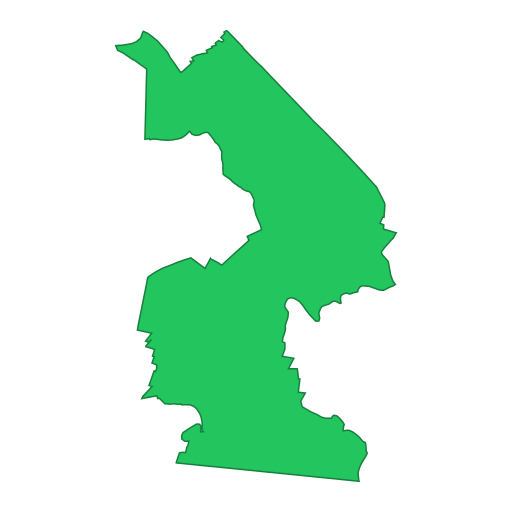 the district of Tuxtilla, Veracruz, Mexico
{"feature_id": "50627088B40766797013882", "entity_name": "Tuxtilla", "entity_type": "district", "adm_level": 2, "iso_a3": "MEX", "parent_name": "Mexico", "parent_adm1": "Veracruz", "projection": "orthographic", "projection_center": [-95.881, 18.191], "detail": "fine", "context": "isolated", "style": "filled", "palette": "green", "viewbox_px": 512, "rotation_deg": 0, "n_neighbors": 0, "source": "geoboundaries", "source_scale": "gbopen_adm2", "svg_char_len": 5534}
<svg xmlns="http://www.w3.org/2000/svg" viewBox="0 0 512 512"><path d="M359.1,481.3L358.8,480.0L358.8,479.8L358.7,479.6L358.4,476.7L358.1,472.8L358.5,471.0L359.5,467.8L360.8,464.7L361.1,464.0L362.4,461.8L364.3,458.6L366.0,455.9L367.0,454.0L367.1,452.9L367.1,452.6L366.1,450.9L366.1,448.8L365.8,444.5L365.2,442.4L362.8,441.4L361.6,440.0L359.5,437.4L356.0,434.3L353.1,432.2L349.4,430.4L347.5,430.2L344.8,430.6L343.2,430.8L343.1,429.8L343.6,426.5L344.2,424.4L343.6,423.4L342.6,421.8L340.0,418.7L338.8,417.6L338.2,417.0L337.2,416.1L334.8,415.4L334.2,415.2L332.6,416.1L332.5,416.3L331.4,418.3L327.7,418.2L327.4,418.2L325.4,418.2L321.3,417.1L317.7,414.9L310.6,411.7L302.1,406.7L300.8,401.0L305.3,393.0L298.3,392.2L299.9,379.0L298.5,378.9L298.5,378.6L297.3,368.8L288.5,368.7L293.8,358.3L293.4,358.2L282.2,356.3L284.9,349.2L284.9,342.9L282.3,341.6L282.9,337.8L285.0,331.7L285.5,328.6L285.2,325.8L285.7,324.0L287.9,317.4L288.4,312.3L284.9,307.1L284.8,306.8L284.9,304.7L285.7,302.1L287.5,299.1L290.2,297.8L293.2,298.0L296.1,299.4L299.5,301.5L302.8,305.4L306.1,310.3L307.1,311.5L309.4,314.4L311.1,316.3L315.5,321.0L318.4,321.1L318.8,321.1L319.7,318.2L318.8,313.1L320.6,308.3L322.2,306.3L324.8,305.4L329.1,304.0L330.7,302.9L333.0,301.3L333.7,301.2L335.0,301.2L335.7,301.2L337.5,302.2L339.9,303.5L341.1,303.0L340.4,299.0L340.7,296.8L341.1,295.5L342.9,294.2L344.7,293.6L346.0,292.9L350.0,294.1L353.0,292.9L357.7,291.8L358.2,289.4L359.9,287.0L361.3,286.1L363.2,285.8L369.3,286.4L374.5,288.2L379.8,290.1L383.6,290.3L386.3,289.0L388.4,287.8L390.9,286.7L393.2,285.9L395.4,284.4L392.9,281.1L390.6,274.6L388.3,261.6L382.4,254.8L381.8,253.7L381.5,252.5L381.6,251.6L384.2,248.0L385.4,246.6L388.1,243.6L391.3,240.0L392.0,239.4L393.2,238.2L395.1,234.5L396.3,232.8L392.7,231.8L389.5,230.8L383.5,229.1L383.8,224.9L383.5,224.8L383.2,224.6L380.7,223.6L379.9,223.3L380.7,221.6L381.4,220.1L382.1,218.6L382.8,217.1L384.0,217.3L384.6,209.9L384.8,205.2L384.8,204.0L384.4,202.8L384.2,202.3L383.2,200.2L382.1,198.1L381.9,197.7L381.5,196.9L378.1,190.2L377.3,188.5L376.6,187.2L375.3,185.6L374.9,185.3L374.8,185.2L374.7,185.1L363.9,173.1L346.4,154.4L324.7,132.0L312.6,120.3L309.3,116.5L269.4,74.9L262.0,67.0L259.0,64.3L252.5,57.8L247.8,52.9L243.3,48.2L242.6,46.8L227.4,31.1L226.3,30.7L224.0,32.1L224.7,33.6L220.9,37.4L223.3,39.6L223.7,40.1L223.4,40.7L222.3,42.2L221.0,41.6L219.5,41.0L218.7,40.5L215.4,43.0L215.2,43.3L216.1,44.7L216.1,45.2L211.7,46.5L212.3,47.7L206.3,50.4L207.1,52.1L207.5,52.9L207.2,53.0L205.0,53.4L202.4,53.7L201.8,53.8L201.8,54.0L197.8,54.9L197.4,55.1L197.2,54.9L192.8,57.2L191.8,57.7L193.6,60.6L193.7,61.1L192.2,61.2L191.9,61.3L190.9,61.4L190.1,61.4L190.2,61.6L191.0,62.4L191.7,63.2L189.6,65.1L182.7,71.3L180.7,72.5L175.3,64.6L170.0,57.3L168.3,53.9L167.3,52.1L162.6,46.7L161.7,45.7L160.7,44.6L158.9,42.5L157.8,41.2L156.2,39.9L152.9,37.2L147.7,33.3L143.3,31.3L142.7,32.4L140.6,38.1L136.4,41.7L131.9,43.6L126.9,44.5L122.1,45.2L115.7,45.6L117.6,50.3L118.2,50.5L118.9,50.9L121.6,52.3L123.5,53.2L132.9,59.7L133.2,59.4L133.3,59.4L133.3,59.5L133.5,59.6L146.7,69.0L146.3,84.5L145.8,105.1L145.6,111.4L144.9,139.3L147.1,139.0L149.5,138.5L149.6,139.4L150.2,139.7L151.8,139.3L152.9,139.0L154.5,139.1L156.2,139.1L160.3,139.8L161.6,139.9L165.6,140.1L166.9,140.2L167.8,140.2L171.3,140.0L172.6,139.9L178.1,138.9L180.1,138.3L182.0,137.7L186.2,134.7L189.5,131.2L189.9,131.7L192.1,134.3L195.7,135.4L199.2,135.0L200.1,134.6L202.9,133.1L205.5,132.4L206.0,132.4L208.2,132.6L210.8,135.8L212.0,137.3L213.2,138.9L215.2,142.2L216.4,143.2L219.1,145.8L219.6,146.9L220.1,148.4L221.4,151.0L221.9,152.1L221.6,155.4L221.8,158.8L222.0,160.0L223.0,163.9L222.9,168.8L223.0,170.4L223.2,174.3L225.5,176.2L229.5,178.7L230.4,179.8L230.7,179.8L230.8,179.7L230.9,179.9L232.5,181.7L234.2,183.1L235.7,184.1L237.0,185.0L238.6,186.4L239.5,186.8L240.7,187.3L242.9,189.3L246.3,190.9L247.3,191.3L249.0,191.6L250.2,192.3L251.0,193.3L251.8,194.8L254.1,199.8L254.2,200.9L253.4,205.1L253.7,206.4L254.8,210.1L256.1,215.5L256.3,215.7L258.7,221.4L259.9,224.0L260.2,224.8L261.2,228.2L261.5,229.7L247.2,236.4L249.0,240.4L248.8,240.5L246.2,242.9L243.7,245.2L235.2,252.8L221.8,265.1L218.3,263.0L218.1,262.7L210.5,258.8L210.4,258.5L207.4,264.2L205.0,268.4L204.9,268.3L202.2,266.3L192.1,258.8L190.8,257.8L189.1,258.5L184.3,259.9L177.0,262.5L171.8,264.7L162.5,268.3L158.9,270.2L154.7,272.5L148.9,276.4L147.9,277.5L147.6,277.9L146.4,284.6L138.0,326.3L138.0,326.7L137.9,327.1L137.4,330.1L151.6,333.2L145.6,341.2L148.7,342.3L150.8,340.0L151.0,340.1L146.1,345.7L145.8,346.6L154.6,349.4L152.5,356.2L154.1,356.7L152.0,363.1L156.6,364.7L156.7,368.5L155.4,371.5L154.1,370.9L149.0,385.5L152.1,386.5L145.9,393.1L142.8,396.4L141.8,398.6L156.9,395.8L157.7,398.5L159.5,398.4L161.8,400.7L164.8,403.7L169.2,404.1L169.5,404.2L173.7,403.8L178.0,404.3L181.3,404.2L181.5,404.8L184.8,404.7L189.7,404.8L193.6,406.2L196.6,408.7L199.8,413.7L201.2,417.5L202.2,422.5L202.0,429.5L203.3,431.7L200.5,431.8L201.1,426.9L199.7,424.2L196.6,424.0L189.2,428.5L183.1,432.5L181.8,435.2L181.7,435.4L181.6,435.7L181.8,438.9L181.8,439.0L184.9,441.3L188.7,441.1L188.5,442.6L188.4,444.0L186.8,447.4L185.8,451.7L185.6,452.5L182.6,452.3L179.4,452.9L178.9,454.5L176.3,462.2L176.3,462.9L195.3,464.8L204.0,465.7L226.5,467.9L243.4,469.6L254.3,470.7L256.1,470.9L256.6,471.0L257.1,471.0L269.6,472.3L270.3,472.3L279.1,473.2L283.8,473.7L284.4,473.7L292.9,474.6L293.2,474.6L297.2,475.0L303.1,475.6L308.9,476.2L311.0,476.4L311.5,476.5L312.5,476.6L324.0,477.7L328.7,478.2L335.9,478.9L337.6,479.1L359.1,481.3Z" fill="#22c55e" stroke="#15803d" stroke-width="1.5"/></svg>